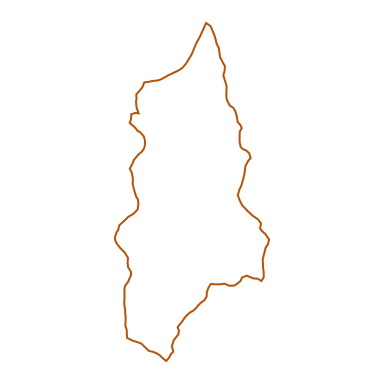 the district of Estrela d'Oeste, São Paulo, Brazil
{"feature_id": "56859067B30930108475586", "entity_name": "Estrela d'Oeste", "entity_type": "district", "adm_level": 2, "iso_a3": "BRA", "parent_name": "Brazil", "parent_adm1": "São Paulo", "projection": "mercator", "projection_center": [-50.414, -20.258], "detail": "fine", "context": "isolated", "style": "outline", "palette": "amber", "viewbox_px": 384, "rotation_deg": 0, "n_neighbors": 0, "source": "geoboundaries", "source_scale": "gbopen_adm2", "svg_char_len": 2309}
<svg xmlns="http://www.w3.org/2000/svg" viewBox="0 0 384 384"><path d="M210.5,26.1L206.1,23.0L202.9,30.1L200.6,35.2L198.6,39.2L196.9,42.1L195.3,45.4L193.7,49.4L191.8,54.1L190.1,57.0L188.5,59.6L186.1,63.5L182.5,67.8L179.0,70.2L168.3,75.3L164.8,77.3L160.7,79.5L157.2,80.5L152.8,80.9L148.4,81.9L144.3,82.4L142.6,86.9L139.6,90.7L136.3,94.4L136.5,98.6L136.0,101.8L136.6,107.7L138.6,113.4L135.4,112.9L131.3,114.2L131.0,119.3L129.7,123.0L132.3,125.1L135.3,127.8L137.3,130.7L140.5,132.5L143.9,136.5L145.0,140.7L144.9,145.4L143.9,148.7L142.0,151.6L138.6,154.3L136.2,157.1L133.9,160.0L132.3,164.0L129.8,168.6L132.0,173.3L132.9,178.8L132.7,184.1L134.6,191.7L136.3,196.9L138.0,199.6L138.4,203.4L137.6,209.6L133.3,213.9L128.1,217.0L125.6,219.6L122.7,222.2L119.3,225.3L118.3,229.6L116.6,232.4L115.4,235.8L114.9,239.1L116.3,242.9L118.9,246.3L120.8,248.7L124.5,252.2L127.9,257.7L127.6,263.4L128.3,267.6L131.0,271.9L131.0,275.1L129.7,278.0L127.9,282.2L125.1,285.8L124.4,289.0L124.5,292.5L124.5,297.7L124.2,303.9L125.1,309.2L125.2,313.2L125.7,317.2L125.5,320.6L125.4,325.9L126.8,330.2L126.8,334.6L127.1,337.9L132.8,340.7L137.1,342.0L141.5,343.7L144.8,347.0L148.9,350.9L152.8,351.8L156.5,353.2L159.9,355.4L162.3,357.8L166.2,361.0L169.0,357.7L171.1,353.8L173.3,351.8L171.9,346.1L173.8,340.2L176.2,337.1L178.2,334.6L179.0,330.7L177.6,327.4L179.3,324.8L181.9,321.9L184.3,318.3L186.6,315.6L189.5,312.8L193.5,310.5L196.2,308.0L198.1,305.4L200.6,303.0L204.5,300.1L206.6,296.6L206.9,291.8L208.7,287.2L211.0,283.9L215.5,284.4L220.2,284.3L224.6,283.7L229.4,285.8L234.1,285.6L237.4,283.7L240.6,280.9L242.1,277.5L246.7,275.6L253.2,278.4L257.7,278.7L261.4,281.0L263.7,277.4L263.7,272.5L263.1,267.5L262.7,259.4L265.7,247.5L267.9,244.3L269.1,239.6L265.2,233.8L262.2,231.3L260.1,228.6L261.0,223.4L258.0,219.3L252.8,215.8L247.8,211.2L242.0,205.1L239.4,199.6L237.8,195.2L239.6,189.1L241.3,185.7L243.1,179.3L244.4,174.1L245.0,169.4L245.4,166.1L248.3,160.7L250.7,158.1L249.1,153.1L245.9,150.3L243.0,149.2L240.7,147.0L239.6,142.3L239.6,135.1L239.9,131.3L241.8,128.2L240.1,124.6L237.8,122.3L236.5,115.0L235.5,111.7L233.4,107.9L229.7,105.5L227.0,100.1L226.3,96.4L226.6,86.1L223.3,75.3L224.5,71.6L224.9,66.2L222.6,62.1L220.0,57.0L219.4,52.1L218.7,47.8L216.6,43.7L215.6,39.2L214.1,34.4L210.5,26.1Z" fill="none" stroke="#b45309" stroke-width="2"/></svg>